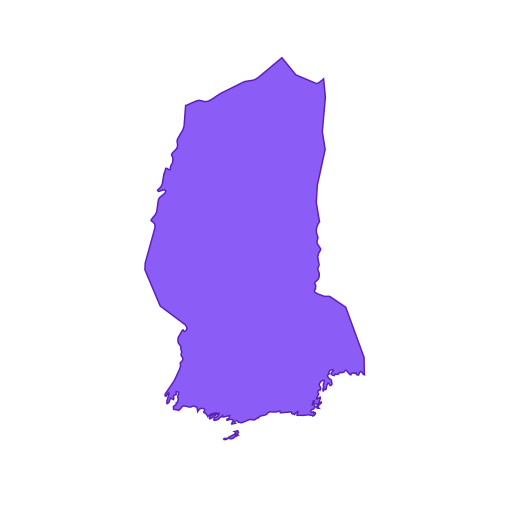 outline of Västerbotten, rotated 54°
{"feature_id": "SWE-192", "entity_name": "Västerbotten", "entity_type": "County", "adm_level": 1, "iso_a3": "SWE", "parent_name": "Sweden", "parent_adm1": "", "projection": "orthographic", "projection_center": [19.633, 64.883], "detail": "fine", "context": "isolated", "style": "filled", "palette": "violet", "viewbox_px": 512, "rotation_deg": 54, "n_neighbors": 0, "source": "natural_earth", "source_scale": "10m", "svg_char_len": 6141}
<svg xmlns="http://www.w3.org/2000/svg" viewBox="0 0 512 512"><g transform="rotate(54 256 256)"><path d="M92.9,224.5L93.2,223.7L95.3,214.0L96.1,211.4L97.2,209.9L101.0,206.7L102.7,203.7L103.3,198.8L103.4,193.2L103.8,188.2L108.0,163.4L108.6,161.8L112.0,155.2L112.7,153.0L112.9,148.7L110.8,118.5L132.9,117.3L152.1,105.7L152.6,104.3L152.7,102.1L152.6,98.7L152.4,97.2L168.3,106.5L194.3,129.2L210.4,137.4L234.9,164.9L248.0,175.7L264.6,184.0L265.4,184.2L266.3,186.4L268.2,189.6L270.5,192.0L272.9,193.5L277.5,195.0L280.2,198.2L281.7,199.1L287.9,199.5L288.7,199.9L289.2,200.6L290.6,203.7L293.0,206.6L300.4,210.2L302.7,213.7L307.4,215.1L309.9,217.1L311.1,218.7L311.6,220.6L311.9,223.8L312.8,224.7L314.1,224.7L315.5,225.3L315.7,225.7L317.8,227.4L317.9,228.5L318.7,229.3L319.6,229.6L320.7,229.4L323.2,228.2L328.7,224.5L332.0,220.1L350.2,213.5L401.6,228.2L414.4,237.2L415.9,238.0L415.1,238.7L411.4,238.7L410.9,239.5L411.4,241.1L412.6,243.0L411.2,244.3L410.8,244.5L409.5,243.8L409.0,243.9L408.9,244.5L408.7,245.3L407.3,246.9L407.2,247.9L407.9,249.0L407.2,249.7L401.7,250.2L401.1,250.6L401.1,251.4L401.6,252.8L401.4,253.9L400.6,255.5L400.0,256.2L399.5,256.4L400.0,259.2L399.1,260.4L398.2,261.2L398.7,263.1L398.0,263.7L396.4,264.5L395.6,264.6L394.9,264.1L394.6,262.9L394.5,261.7L394.3,260.9L393.6,260.6L392.9,261.0L392.4,262.1L392.2,263.6L392.4,264.9L393.0,265.5L394.4,266.0L394.2,267.5L395.0,268.5L395.8,268.9L397.6,268.9L400.4,268.0L403.3,269.2L404.5,270.1L404.8,271.6L404.2,272.2L401.9,272.0L401.1,272.4L401.9,274.1L402.9,275.5L404.9,277.4L405.0,278.1L404.2,278.2L403.9,278.8L404.1,279.5L404.7,280.3L404.7,281.0L403.5,280.5L401.3,278.1L400.1,277.5L399.2,276.8L398.2,275.2L397.2,274.0L396.2,274.4L395.7,275.8L395.8,277.6L396.4,279.3L397.2,280.5L398.5,280.9L400.0,281.0L401.4,281.5L402.3,283.3L401.5,283.5L401.5,284.5L402.1,285.7L403.0,286.2L404.4,286.4L404.9,286.8L405.5,288.7L406.1,289.3L406.7,290.8L407.2,291.1L407.6,290.8L407.7,290.2L407.6,289.7L407.7,288.4L407.8,287.4L408.0,287.0L408.9,287.5L409.9,288.9L411.0,290.8L411.9,291.7L412.3,289.1L412.7,289.0L413.2,289.5L413.4,289.9L413.4,292.4L414.0,293.6L414.6,294.3L415.4,294.6L416.3,294.5L415.2,295.8L414.5,296.0L413.8,295.7L412.6,293.5L412.2,293.2L410.1,295.3L408.8,296.1L408.2,295.1L408.1,294.4L407.8,294.0L407.4,294.1L407.1,294.4L407.0,295.1L407.9,295.5L408.8,297.3L409.5,297.9L410.5,296.8L412.3,296.5L412.9,296.7L413.1,297.2L413.6,299.7L413.1,301.3L413.3,302.4L413.8,303.1L414.7,303.3L415.1,303.0L415.6,301.5L415.9,301.1L417.8,301.8L417.4,300.3L418.1,300.3L418.6,300.8L419.0,301.8L419.1,303.2L418.8,304.2L417.7,304.4L416.6,305.8L415.5,306.5L412.5,311.9L410.7,313.9L409.9,315.4L408.8,316.4L407.8,315.4L406.9,313.8L406.2,312.9L406.5,314.7L406.3,316.6L406.6,316.9L407.0,318.1L406.2,318.4L404.9,319.5L404.2,319.6L403.5,319.2L403.2,318.9L402.9,319.0L397.3,328.3L397.1,328.5L395.5,327.7L395.1,328.3L394.0,331.5L390.5,336.0L389.7,338.1L390.3,339.9L390.1,341.8L388.2,346.3L388.0,348.2L388.4,349.3L388.3,349.7L387.9,349.9L387.8,350.4L387.8,352.6L387.7,353.6L387.4,354.1L386.8,354.4L386.1,355.6L385.1,356.3L384.4,357.8L382.7,364.9L382.3,365.9L380.1,368.0L378.0,368.2L377.6,368.8L377.4,370.2L377.8,370.9L378.5,371.1L379.2,370.9L378.2,373.4L377.7,374.4L377.2,374.2L376.1,371.8L375.5,371.1L374.7,371.0L372.5,373.6L372.4,374.9L372.0,375.8L371.5,376.0L370.9,375.4L371.4,374.3L371.3,373.3L370.8,372.5L369.6,371.1L367.4,376.4L366.6,377.6L365.5,376.9L365.7,377.8L365.5,379.8L365.9,382.8L365.6,383.9L365.2,385.1L364.7,386.1L364.2,386.5L363.3,386.1L362.8,385.2L362.7,383.9L363.1,382.4L363.1,381.4L362.6,380.0L362.0,378.8L361.4,378.4L361.0,379.9L361.1,386.3L360.7,389.0L360.1,389.2L359.3,388.5L358.7,387.3L358.7,386.1L359.4,383.4L359.6,381.9L359.5,380.7L358.6,382.1L357.7,384.3L357.3,387.0L357.6,389.4L356.5,389.1L353.4,389.4L351.8,390.3L351.3,389.8L350.8,388.3L350.5,388.0L349.6,387.8L348.7,388.1L347.8,388.8L347.1,389.8L346.7,391.2L346.8,392.4L347.6,394.6L343.9,392.8L343.3,392.7L342.6,393.5L340.9,394.5L340.5,395.0L339.8,397.7L338.1,399.6L336.2,401.1L334.6,402.9L334.5,404.0L335.2,406.8L335.5,409.2L335.3,409.6L334.2,410.0L332.1,412.5L331.5,412.8L329.2,411.3L329.1,409.8L329.3,408.7L329.1,407.8L328.0,407.0L328.3,405.5L327.6,405.0L326.3,403.2L323.9,402.2L323.2,401.5L322.3,399.9L321.2,399.0L320.1,399.0L318.9,400.3L319.9,401.3L321.2,401.8L320.5,404.5L321.1,405.4L322.3,405.7L323.7,407.0L322.4,407.9L321.0,408.3L320.8,408.8L323.2,412.5L323.3,413.3L323.4,414.5L323.0,414.8L322.1,414.2L320.5,412.8L316.6,407.6L315.3,406.9L315.3,407.8L316.6,411.3L315.6,411.8L314.6,410.9L313.9,409.9L313.8,409.2L308.8,395.4L302.9,384.8L301.4,382.6L300.4,381.5L298.1,380.3L297.8,379.9L297.7,378.2L297.2,376.7L296.2,375.5L295.2,375.1L293.4,375.2L292.5,375.0L291.4,374.3L290.3,372.9L289.4,372.3L287.2,371.5L284.9,370.1L284.2,369.9L280.7,370.0L279.7,369.6L277.0,367.7L276.3,366.9L275.9,366.3L275.6,365.4L272.9,359.6L272.8,358.7L272.9,358.4L274.6,358.5L275.0,358.2L275.2,357.6L275.1,356.5L274.7,355.1L272.9,353.8L269.9,353.7L240.2,362.9L201.9,354.0L196.6,349.8L173.9,321.3L172.1,319.9L170.8,319.2L169.1,319.1L165.7,320.1L165.1,319.3L164.3,317.0L163.3,312.8L161.7,310.2L153.2,302.0L152.2,299.9L151.9,297.5L151.7,293.3L151.3,292.1L150.4,290.8L148.6,291.0L147.5,293.8L146.7,296.7L145.5,297.2L145.1,297.1L144.8,296.6L144.5,294.7L144.3,292.8L144.1,292.3L143.4,290.7L142.2,289.1L135.1,281.8L134.4,280.3L132.7,278.4L132.1,277.5L132.5,276.7L135.4,275.4L135.8,275.0L135.7,274.7L134.9,273.8L133.8,273.0L132.5,271.0L131.7,269.1L130.9,268.2L129.1,266.6L127.4,265.4L124.8,265.0L124.3,264.7L123.9,264.1L123.4,262.5L122.8,258.6L122.3,256.9L121.5,255.5L120.7,254.7L119.1,253.6L116.9,252.5L115.6,251.3L112.6,245.0L111.6,242.3L110.9,241.0L108.7,237.9L92.9,224.5ZM387.8,378.4L388.6,377.7L390.0,375.9L390.5,375.7L390.2,376.7L390.3,377.2L390.3,377.6L390.0,378.1L389.8,378.9L390.1,380.7L389.9,382.0L389.5,383.3L388.1,384.8L387.5,384.7L386.8,385.5L386.6,384.4L387.4,379.2L387.8,378.4ZM385.4,376.6L386.5,373.5L388.4,373.8L389.2,375.9L387.0,378.0L387.4,377.3L387.0,376.2L386.5,375.9L385.4,376.6ZM387.1,387.0L386.8,388.0L386.4,388.9L385.8,389.7L385.0,389.7L385.1,388.7L386.8,386.2L387.0,386.3L387.1,387.0Z" fill="#8b5cf6" stroke="#5b21b6" stroke-width="1.5"/></g></svg>